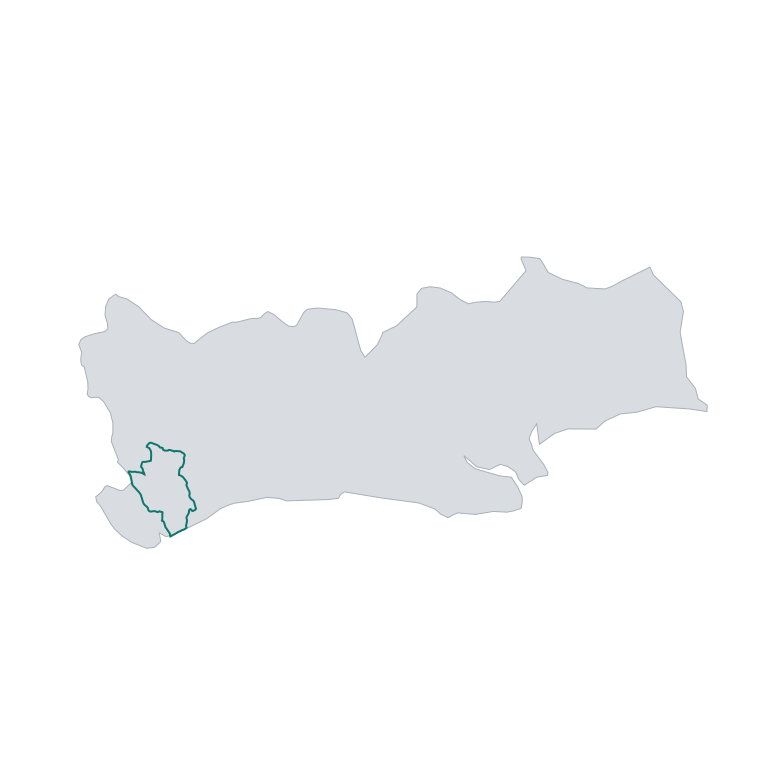 where Braga sits in Portugal, rotated 255°
{"feature_id": "PRT-749", "entity_name": "Braga", "entity_type": "District", "adm_level": 1, "iso_a3": "PRT", "parent_name": "Portugal", "parent_adm1": "", "projection": "natural_earth1", "projection_center": [-8.294, 41.571], "detail": "medium", "context": "in_parent", "style": "outline", "palette": "teal", "viewbox_px": 768, "rotation_deg": 255, "n_neighbors": 0, "source": "natural_earth", "source_scale": "10m", "svg_char_len": 4239}
<svg xmlns="http://www.w3.org/2000/svg" viewBox="0 0 768 768"><g transform="rotate(255 384 384)"><path d="M296.2,99.4L305.2,91.4L314.0,86.1L318.9,84.1L339.4,78.6L344.7,76.0L349.8,76.4L350.6,79.0L353.5,84.1L356.8,87.6L357.6,90.2L349.7,101.1L348.7,104.8L352.8,111.9L353.5,113.9L355.5,114.9L361.0,114.6L370.9,110.1L377.5,106.3L379.8,107.9L399.1,105.7L403.7,107.5L406.8,109.4L416.3,112.0L426.7,112.3L439.5,108.6L445.1,104.9L446.1,100.8L446.4,97.7L448.0,95.8L450.9,94.6L455.5,96.7L462.0,98.3L477.7,98.9L480.8,96.7L486.1,97.4L493.1,100.2L501.2,99.3L505.3,102.8L507.0,107.4L507.5,117.5L507.0,127.8L508.6,131.5L514.1,132.5L522.9,132.4L530.9,135.2L537.1,140.0L539.2,144.9L540.1,148.3L537.1,150.3L532.8,157.6L522.1,167.1L506.6,175.7L494.9,186.3L486.8,199.1L476.6,204.5L473.5,207.5L472.3,210.9L479.1,226.6L481.3,238.7L483.0,253.5L481.9,257.6L481.5,273.9L479.9,278.7L480.3,282.6L482.9,286.8L484.0,290.7L479.4,295.8L470.8,301.7L464.5,306.9L462.8,311.7L463.3,314.8L474.0,325.1L476.0,329.3L474.6,339.4L468.5,356.1L462.7,366.2L461.6,367.2L454.9,370.1L422.6,370.2L414.8,372.5L415.9,374.5L423.6,387.6L431.5,394.5L434.1,396.1L437.0,411.3L449.9,435.7L462.4,439.1L466.7,445.2L466.0,453.7L462.2,463.1L454.6,472.8L445.5,479.6L439.6,486.3L439.2,494.1L437.3,504.0L434.4,511.9L433.8,517.2L456.7,550.5L469.4,548.8L471.1,549.6L468.8,557.6L464.8,566.9L460.1,568.6L449.2,571.5L438.9,583.5L430.6,598.0L424.3,604.9L418.6,622.1L419.3,629.6L422.1,641.1L428.1,671.1L419.7,672.4L386.7,692.0L376.4,692.0L357.3,683.4L323.6,680.6L312.6,678.1L298.9,683.7L288.3,683.6L279.9,690.7L273.8,688.8L280.8,672.7L291.7,640.8L291.3,621.3L293.9,604.4L291.0,587.7L285.6,577.2L293.0,550.1L292.2,536.2L285.5,518.5L306.0,521.2L299.7,514.2L293.4,509.9L287.4,510.9L282.2,510.6L264.8,517.5L256.0,519.5L253.4,518.3L254.4,507.4L249.9,493.2L256.9,489.5L265.1,488.4L272.0,482.4L276.3,475.7L274.1,463.6L280.1,452.2L294.2,442.6L286.9,444.0L278.6,450.0L265.4,471.8L261.0,482.9L249.8,486.5L239.7,488.3L234.6,487.1L228.4,484.3L227.9,476.2L228.4,469.6L232.6,456.7L234.4,438.5L240.3,422.1L239.9,417.8L238.3,411.3L243.6,405.0L250.1,400.8L260.1,386.8L274.0,353.4L290.0,318.0L288.7,313.7L285.4,310.4L286.7,300.8L296.4,259.3L300.3,253.8L304.8,241.7L305.8,222.0L307.6,208.5L307.2,201.7L305.8,193.5L299.8,177.9L293.4,145.0L292.9,134.0L298.2,128.4L289.6,127.6L285.7,120.5L286.6,112.5L296.2,99.4Z" fill="#d9dde1" stroke="#a8b0b8" stroke-width="1"/><path d="M353.0,114.8L353.0,115.0L361.1,115.5L365.2,114.4L365.5,114.6L365.5,115.2L365.3,116.0L364.4,117.5L363.7,120.9L362.8,122.4L362.0,124.9L361.0,126.8L358.8,129.2L360.1,129.2L362.6,128.7L364.2,128.9L364.9,128.8L366.7,128.0L367.3,128.0L370.4,129.8L370.9,130.2L371.2,130.9L370.5,133.5L370.2,138.9L372.1,139.7L373.2,139.9L375.0,140.6L378.7,141.4L379.9,141.4L382.7,140.7L384.7,138.6L385.7,139.1L386.2,139.6L387.8,142.3L387.6,143.7L383.8,149.1L382.6,150.3L380.8,151.1L380.5,151.4L380.0,152.9L379.0,153.8L378.3,153.5L377.8,153.6L377.3,153.9L376.4,155.1L375.6,157.9L376.0,158.8L375.9,159.4L375.6,160.3L374.2,162.4L373.9,163.3L373.2,163.7L373.0,164.1L373.2,165.0L373.2,165.6L372.4,167.7L371.9,169.4L371.5,170.0L371.1,170.4L369.9,171.3L369.1,172.2L368.3,172.8L367.6,173.1L366.6,173.1L365.6,172.3L363.5,171.2L362.5,171.4L359.4,170.2L356.0,167.7L356.2,166.7L355.8,165.9L353.9,164.0L349.2,162.4L347.8,164.4L345.9,165.8L342.9,167.1L340.0,168.1L339.4,168.1L338.1,167.2L337.3,167.0L333.4,167.5L330.5,168.2L328.1,167.9L326.7,167.0L325.5,167.0L323.9,167.4L322.1,168.4L320.7,169.6L319.2,170.0L313.8,170.0L312.5,170.2L311.9,169.8L311.3,169.0L310.8,166.4L311.5,165.5L312.4,165.3L313.0,165.0L313.3,164.4L313.0,163.6L312.0,162.8L310.9,162.6L309.6,161.8L306.6,158.9L305.6,158.5L303.3,158.5L300.8,157.4L298.5,156.1L296.3,156.1L295.2,153.2L295.1,150.8L294.6,149.1L294.4,147.1L293.2,143.4L292.7,140.8L292.1,138.8L292.1,138.1L294.4,138.4L295.3,138.3L302.3,135.9L307.2,135.7L308.0,135.5L308.7,135.0L309.0,134.4L309.5,134.1L310.3,134.6L313.1,135.6L315.0,135.9L316.0,136.5L317.5,136.8L319.2,134.0L318.8,132.6L319.0,131.9L319.5,131.1L320.3,130.3L320.8,128.6L321.1,125.9L321.4,125.0L322.2,124.2L322.7,123.9L323.5,123.7L325.0,123.9L326.6,123.3L329.0,121.6L330.3,121.0L331.8,120.7L340.1,120.4L342.4,119.6L351.4,114.9L352.6,114.9L353.0,114.8Z" fill="none" stroke="#0f766e" stroke-width="2"/></g></svg>